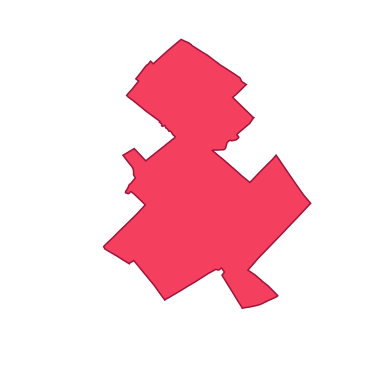 Corni, Galati, Romania, rotated 327°
{"feature_id": "2599482B53256191678615", "entity_name": "Corni", "entity_type": "district", "adm_level": 2, "iso_a3": "ROU", "parent_name": "Romania", "parent_adm1": "Galati", "projection": "natural_earth1", "projection_center": [27.77, 45.857], "detail": "fine", "context": "isolated", "style": "filled", "palette": "rose", "viewbox_px": 384, "rotation_deg": 327, "n_neighbors": 0, "source": "geoboundaries", "source_scale": "gbopen_adm2", "svg_char_len": 3702}
<svg xmlns="http://www.w3.org/2000/svg" viewBox="0 0 384 384"><g transform="rotate(327 192 192)"><path d="M109.3,248.5L109.5,250.8L109.7,256.2L109.9,260.2L110.3,267.8L113.1,267.6L113.6,267.9L118.8,268.1L130.5,268.6L131.5,268.6L135.8,268.7L136.8,268.7L146.1,269.1L159.6,269.2L160.5,269.2L161.3,269.2L162.0,269.3L166.2,269.6L170.0,269.9L170.5,270.7L171.0,271.4L172.2,272.1L175.4,271.8L175.6,276.8L171.8,278.1L171.7,284.6L171.6,286.9L171.4,297.4L171.1,307.9L171.0,315.8L171.0,316.5L170.9,316.9L174.9,318.5L176.4,319.2L177.0,319.5L178.4,320.1L179.9,320.7L181.3,321.2L183.1,321.9L184.9,322.6L186.3,322.9L186.8,323.1L188.2,323.5L190.1,323.8L192.1,324.0L194.0,324.3L195.5,324.4L196.1,324.5L197.2,324.6L197.4,324.6L198.1,324.8L199.4,325.0L201.2,325.3L202.2,325.4L203.1,325.6L204.8,325.8L206.2,325.9L207.4,325.8L207.5,325.6L205.0,313.6L204.8,312.5L203.1,307.4L202.2,304.7L201.6,302.2L199.7,295.9L197.7,291.2L196.3,288.0L205.1,285.5L209.8,284.1L212.7,283.3L214.2,283.0L221.6,281.3L230.7,279.2L249.6,274.8L249.9,274.7L251.8,274.2L263.3,271.5L270.9,269.7L271.2,269.6L271.4,269.6L284.4,266.3L285.3,266.2L285.2,264.8L283.9,254.8L283.3,237.1L283.0,225.0L282.9,221.2L282.8,214.8L282.7,209.2L282.6,207.7L282.6,206.9L277.3,208.5L272.8,209.4L268.3,210.3L266.9,210.7L265.4,211.0L260.2,212.1L245.7,215.5L243.9,209.7L242.4,205.1L241.2,200.2L240.6,198.3L240.2,197.0L239.7,195.0L239.1,193.1L238.5,190.9L237.7,187.8L237.0,185.8L236.6,184.2L235.8,181.3L235.0,178.9L234.1,176.4L233.1,172.9L232.6,171.3L232.2,170.0L231.7,168.3L232.8,168.5L237.7,171.6L239.9,172.8L241.2,173.6L241.9,173.9L242.6,173.9L244.0,173.5L248.1,169.9L248.6,169.7L249.4,169.5L251.7,169.2L252.1,169.3L253.1,170.6L254.0,171.1L255.1,171.4L257.4,172.3L257.9,172.3L258.6,172.2L260.5,171.9L261.1,171.5L261.2,171.0L260.8,168.6L260.8,168.3L261.2,168.1L265.2,167.5L277.7,165.9L278.8,165.5L279.0,165.3L283.4,163.6L284.3,163.4L284.0,163.0L277.6,134.8L281.6,134.3L281.8,134.3L282.0,134.3L282.3,134.2L287.5,133.2L293.2,132.0L294.7,131.7L295.4,131.6L296.1,131.5L293.9,126.4L294.4,122.4L292.4,117.6L286.4,104.0L285.7,102.7L285.0,101.1L283.1,95.8L283.0,95.7L279.4,85.6L278.8,84.3L278.1,83.1L275.9,78.3L271.8,69.4L271.6,67.9L270.5,65.2L270.3,64.8L267.5,60.6L266.0,58.1L260.1,58.8L248.8,60.2L229.4,63.3L229.4,63.1L229.2,62.9L228.5,59.7L224.8,61.0L222.6,61.0L222.3,61.1L221.7,61.3L210.6,65.2L206.5,66.5L207.7,69.9L204.5,70.9L198.0,73.1L192.9,74.4L189.8,75.4L190.4,78.1L192.1,82.4L197.9,100.4L198.1,100.9L201.9,110.9L203.6,115.3L202.7,115.6L203.6,118.4L202.6,119.9L203.1,120.9L205.4,121.3L205.0,124.5L205.7,125.2L205.7,128.3L207.0,129.1L207.3,131.1L207.1,133.3L208.0,136.4L207.1,137.0L174.1,140.3L170.2,140.7L167.2,124.1L154.1,123.6L154.7,131.1L154.8,132.5L155.4,138.2L155.3,139.9L155.0,141.1L154.5,142.2L154.0,143.3L152.5,145.5L152.3,146.2L152.2,149.3L151.8,149.4L146.4,151.2L145.2,151.6L144.5,151.5L143.7,151.6L142.8,152.0L141.4,153.0L141.0,153.3L140.7,153.4L139.9,153.9L139.5,154.2L139.1,154.4L138.8,154.6L138.1,154.8L137.7,154.9L136.7,155.4L136.3,155.7L135.9,156.2L135.9,156.4L136.0,156.6L136.5,157.3L136.6,157.5L136.8,157.8L137.0,157.9L137.2,158.2L138.0,158.8L138.4,158.9L138.7,158.8L139.0,158.8L139.3,158.7L139.7,158.5L140.1,158.4L140.6,158.3L140.8,158.4L141.0,158.5L141.3,158.9L141.6,159.9L142.2,161.7L143.6,167.4L144.4,170.9L145.8,177.3L139.8,178.9L132.9,180.6L125.0,182.2L111.3,184.9L99.5,187.4L94.0,188.4L88.5,189.5L88.2,189.6L88.1,190.4L88.0,191.4L87.9,192.3L88.9,194.3L91.6,199.8L94.2,204.9L94.3,205.0L94.7,205.9L96.3,209.7L96.4,209.8L100.1,217.6L100.3,218.0L100.7,217.7L101.6,217.7L103.8,217.8L105.8,217.8L106.1,219.6L106.5,223.2L106.8,225.8L107.0,228.2L107.6,233.5L108.4,240.5L109.2,247.4L109.3,248.5Z" fill="#f43f5e" stroke="#9f1239" stroke-width="1.5"/></g></svg>